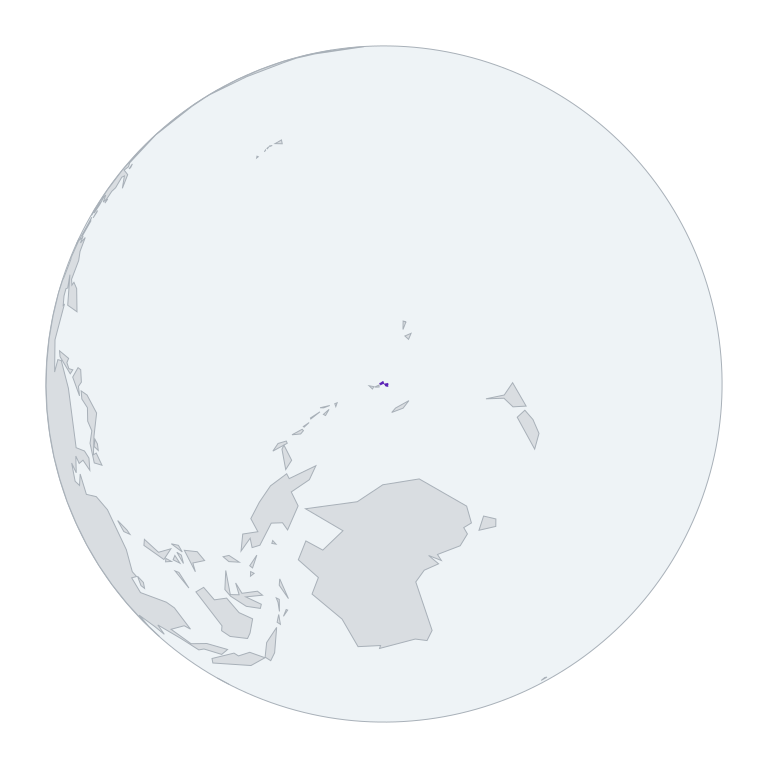 Shefa highlighted on a globe, orthographic projection, rotated 291°
{"feature_id": "VUT-565", "entity_name": "Shefa", "entity_type": "Province", "adm_level": 1, "iso_a3": "VUT", "parent_name": "Vanuatu", "parent_adm1": "", "projection": "orthographic", "projection_center": [168.336, -17.198], "detail": "fine", "context": "on_globe", "style": "filled", "palette": "violet", "viewbox_px": 768, "rotation_deg": 291, "n_neighbors": 0, "source": "natural_earth", "source_scale": "10m", "svg_char_len": 6977}
<svg xmlns="http://www.w3.org/2000/svg" viewBox="0 0 768 768"><g transform="rotate(291 384 384)"><circle cx="384" cy="384" r="338" fill="#eef3f6" stroke="#a8b0b8"/><path d="M449.6,379.3L450.0,381.9L449.5,382.2L449.6,379.3ZM676.8,215.3L663.7,194.6L691.8,244.5L685.8,232.3L675.0,213.3L673.8,210.7L656.8,185.4L647.0,173.9L621.7,145.7L591.4,117.4L598.9,123.3L590.7,116.7L580.8,109.4L576.2,106.3L534.7,81.6L499.3,67.3L495.2,67.6L490.6,64.7L487.6,69.7L472.9,69.6L485.2,67.1L483.1,65.1L471.0,63.1L466.3,60.8L457.8,58.9L453.2,56.7L460.7,56.5L457.9,55.4L449.5,54.3L439.6,52.1L452.4,53.8L436.5,50.5L442.2,51.1L466.3,56.3L490.0,63.1L513.1,71.7L535.5,81.9L557.1,93.8L577.8,107.1L597.4,122.0L615.9,138.2L633.2,155.8L649.2,174.5L663.7,194.4L676.8,215.3ZM571.8,202.9L569.4,196.2L575.1,200.8L571.8,202.9ZM565.2,191.9L566.6,194.2L564.8,192.2L565.2,191.9ZM562.0,190.3L564.3,191.5L561.8,190.8L562.0,190.3ZM557.9,189.1L560.1,189.5L559.9,189.7L557.9,189.1ZM551.1,185.2L549.3,184.1L551.2,183.8L551.1,185.2ZM574.9,105.6L581.1,109.6L591.8,117.6L587.3,114.3L574.9,105.6ZM553.8,92.5L555.4,93.1L564.3,98.8L560.7,96.6L553.8,92.5ZM493.4,68.9L499.3,70.2L495.2,69.9L493.4,68.9ZM457.4,59.1L457.2,59.7L452.8,58.6L457.4,59.1ZM441.8,54.4L434.9,52.9L443.3,54.3L441.8,54.4ZM431.7,52.0L414.7,49.4L412.9,50.1L408.5,47.6L424.4,50.0L435.0,51.4L430.0,51.2L431.7,52.0ZM408.8,47.1L405.8,46.8L410.4,47.2L408.8,47.1ZM352.6,47.5L366.0,46.7L368.7,47.0L386.7,47.0L389.2,46.9L388.3,46.5L408.5,47.6L412.9,50.1L406.9,50.1L413.7,52.6L398.9,52.7L389.9,54.7L369.8,54.8L364.4,57.2L367.8,58.1L362.9,62.9L341.4,71.5L344.2,60.5L373.5,51.6L360.3,54.3L358.9,52.9L351.5,53.7L342.5,56.3L344.2,57.0L307.4,61.0L277.1,72.2L289.9,70.8L290.2,74.3L266.9,90.9L214.2,119.4L214.1,128.4L209.1,135.1L198.0,140.3L205.0,130.3L200.6,127.9L206.3,122.1L190.8,128.5L198.3,120.7L182.5,130.5L180.2,136.1L191.1,132.6L174.3,145.7L175.7,155.8L167.5,170.9L137.0,202.8L118.5,216.3L115.6,222.0L112.6,217.9L102.0,231.4L102.3,259.0L99.9,268.5L85.8,291.2L86.7,284.1L78.7,273.1L72.4,297.0L78.2,311.5L80.1,333.1L73.4,329.4L72.1,310.9L69.4,306.4L73.6,285.8L78.0,259.2L71.6,268.6L75.4,257.0L80.5,238.2L73.2,251.7L67.7,265.2L76.7,243.4L87.3,222.3L99.3,201.9L112.7,182.5L127.5,164.0L143.5,146.7L160.6,130.4L178.9,115.5L198.1,101.8L218.3,89.5L239.3,78.6L260.9,69.3L283.2,61.5L306.0,55.2L329.1,50.6L352.6,47.5ZM163.6,637.0L167.6,639.3L168.8,641.2L163.6,637.0ZM131.1,373.4L138.4,373.5L138.4,375.1L131.1,373.4ZM123.3,369.6L131.1,368.3L122.5,373.4L123.3,369.6ZM134.2,367.9L142.2,363.3L145.7,360.0L145.4,363.4L134.2,367.9ZM118.3,371.0L93.9,378.2L85.1,377.4L86.4,370.9L100.6,367.1L118.3,371.0ZM85.8,371.0L73.5,360.7L62.2,324.2L66.1,321.8L79.0,340.4L78.0,345.6L85.4,354.8L85.8,371.0ZM118.6,330.6L117.7,345.5L103.5,348.2L97.5,347.8L93.2,330.8L95.5,320.8L100.2,319.4L122.5,282.9L129.5,288.5L121.7,303.0L127.7,313.8L118.6,330.6ZM49.8,333.7L48.8,341.8L48.1,346.9L48.4,344.6L49.8,333.7ZM134.6,260.0L123.6,275.0L134.6,255.9L134.6,260.0ZM143.0,242.9L142.2,249.2L139.7,243.8L143.0,242.9ZM112.5,230.5L107.4,233.7L108.7,229.4L116.2,222.8L112.5,230.5ZM161.1,184.3L155.6,196.3L152.6,200.7L153.0,194.0L161.1,184.3ZM400.7,520.3L410.0,524.9L404.2,535.8L393.4,546.4L377.2,548.0L400.7,520.3ZM291.1,539.4L281.5,525.1L296.4,524.3L298.1,536.8L291.1,539.4ZM408.9,512.6L413.7,501.1L406.7,484.5L416.8,500.2L431.3,503.6L414.3,524.6L408.9,512.6ZM210.6,484.6L171.2,517.2L159.9,516.1L157.1,504.6L135.5,474.6L138.6,474.5L129.5,453.9L149.5,429.1L162.1,392.1L179.8,392.1L189.2,367.0L209.5,367.3L207.0,386.4L232.3,398.3L239.4,355.4L264.5,401.2L289.5,419.0L308.0,450.9L299.6,504.9L285.6,515.4L278.5,509.9L273.9,515.6L260.3,513.1L244.0,495.0L239.8,500.8L239.9,487.1L235.7,499.4L224.6,488.3L210.6,484.6ZM360.2,401.4L365.7,403.4L377.4,413.2L368.3,410.5L360.2,401.4ZM436.3,386.3L441.0,391.1L434.5,390.9L436.3,386.3ZM449.5,382.2L441.7,382.2L449.6,379.3L449.5,382.2ZM377.7,376.3L381.2,379.7L379.4,380.5L377.7,376.3ZM375.2,375.0L377.0,370.7L377.9,375.4L375.2,375.0ZM345.6,347.1L348.0,345.1L349.7,347.0L345.6,347.1ZM149.4,371.7L158.6,358.3L164.7,356.5L149.4,371.7ZM340.6,341.8L333.6,340.7L333.9,338.3L340.6,341.8ZM340.1,336.2L338.9,332.8L344.5,341.1L340.1,336.2ZM325.9,327.5L335.1,334.2L325.1,328.2L325.9,327.5ZM321.2,327.9L315.1,324.9L315.4,323.9L321.2,327.9ZM261.7,329.4L283.3,349.7L267.9,348.6L250.0,336.1L239.4,347.5L213.2,346.3L218.1,339.0L213.7,328.6L189.0,325.9L184.0,319.5L192.1,314.3L176.8,310.4L193.3,305.9L200.9,319.2L210.6,307.9L229.0,310.0L248.2,314.5L265.3,325.3L261.7,329.4ZM195.0,336.4L198.0,336.2L195.8,340.6L195.0,336.4ZM303.6,316.3L312.4,323.8L311.6,325.5L307.5,324.1L303.6,316.3ZM268.9,322.9L286.6,312.1L291.1,312.5L279.7,325.1L268.9,322.9ZM281.5,304.3L290.5,306.4L295.7,313.2L294.0,314.9L281.5,304.3ZM161.1,326.7L160.7,330.6L156.7,328.2L161.1,326.7ZM166.2,323.8L178.7,326.6L165.2,327.2L166.2,323.8ZM132.3,316.0L135.3,324.3L145.1,316.8L137.7,326.4L145.2,340.1L143.3,346.3L135.7,331.2L134.4,348.4L130.2,349.0L127.1,335.1L130.9,316.9L135.1,309.1L153.2,303.1L132.3,316.0ZM165.8,312.8L162.6,302.8L165.1,295.7L168.4,300.7L165.8,312.8ZM154.9,279.8L148.4,269.7L141.1,275.2L157.2,257.2L160.5,269.7L154.9,279.8ZM151.6,256.1L144.6,261.1L152.7,250.9L151.6,256.1ZM143.6,257.7L144.3,250.1L149.0,250.2L143.6,257.7ZM154.9,255.9L158.6,242.7L159.7,249.9L154.9,255.9ZM146.1,233.8L153.8,244.1L141.3,241.4L147.3,217.7L153.1,216.0L146.1,233.8ZM219.6,141.0L221.8,135.7L228.8,134.0L225.3,138.0L219.6,141.0ZM253.9,126.1L231.5,131.9L213.8,138.1L216.4,140.1L207.1,149.8L206.5,141.8L223.3,130.8L235.6,128.0L243.1,120.7L255.6,115.6L261.7,107.3L269.0,103.8L267.3,110.7L253.9,126.1ZM263.8,104.0L278.9,90.9L289.6,92.5L288.7,95.7L277.3,100.8L272.3,99.6L263.8,104.0ZM285.7,88.4L281.1,87.4L293.4,71.8L298.7,69.2L294.9,80.4L290.3,80.3L285.4,84.3L285.7,88.4ZM403.7,46.8L405.7,46.8L406.4,47.0L403.7,46.8Z" fill="#d9dde1" stroke="#a8b0b8" stroke-width="1"/><path d="M385.2,386.9L385.3,386.9L385.4,387.0L385.2,387.3L385.2,387.5L384.9,387.6L384.7,387.6L384.3,387.7L384.2,387.6L384.0,387.4L384.0,387.5L383.9,387.5L383.9,387.3L383.7,387.4L383.5,387.5L383.5,387.4L383.8,387.3L383.8,387.1L383.7,387.1L383.5,386.9L383.4,386.9L383.3,387.0L383.2,387.2L383.1,386.7L383.3,386.5L383.6,386.1L383.8,386.0L384.0,386.0L384.5,386.0L384.8,386.2L384.8,386.3L384.9,386.6L385.0,386.7L385.1,386.8L385.2,386.9ZM383.2,381.7L382.9,381.5L382.9,381.3L382.9,381.2L382.8,380.8L382.8,380.7L383.0,380.5L383.0,380.4L382.9,380.4L383.0,380.3L383.3,380.7L383.4,380.8L383.5,381.0L383.6,380.9L383.8,381.0L384.0,381.3L384.2,381.5L384.3,381.5L384.6,381.5L384.8,381.7L384.7,381.7L384.8,381.8L384.7,381.9L384.4,381.8L384.3,381.7L384.2,381.6L383.7,381.6L383.4,381.8L383.2,381.7ZM385.3,382.5L385.2,382.5L385.1,382.4L385.1,382.2L385.4,382.1L385.5,382.2L385.3,382.5L385.3,382.5ZM384.3,383.2L384.3,383.3L384.2,383.3L383.9,383.4L384.0,383.3L384.0,383.2L384.3,383.1L384.5,383.1L384.3,383.2ZM383.9,385.5L384.0,385.3L384.2,385.7L383.9,385.5ZM383.3,386.3L383.3,386.1L383.5,385.9L383.8,385.9L383.7,386.0L383.4,386.1L383.3,386.3Z" fill="#8b5cf6" stroke="#5b21b6" stroke-width="1.5"/></g></svg>